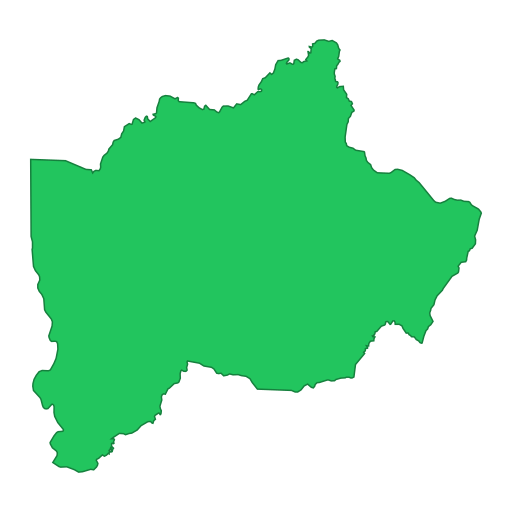 Urdaneta, Los Rios, Ecuador
{"feature_id": "8360857B13036239300316", "entity_name": "Urdaneta", "entity_type": "district", "adm_level": 2, "iso_a3": "ECU", "parent_name": "Ecuador", "parent_adm1": "Los Rios", "projection": "natural_earth1", "projection_center": [-79.377, -1.567], "detail": "fine", "context": "isolated", "style": "filled", "palette": "green", "viewbox_px": 512, "rotation_deg": 0, "n_neighbors": 0, "source": "geoboundaries", "source_scale": "gbopen_adm2", "svg_char_len": 5943}
<svg xmlns="http://www.w3.org/2000/svg" viewBox="0 0 512 512"><path d="M291.5,390.4L295.2,392.0L297.7,392.0L301.0,389.9L304.2,385.9L307.6,384.1L311.3,387.3L313.3,387.9L314.6,386.4L315.2,384.5L317.0,382.7L319.3,382.5L327.3,380.0L328.6,380.0L331.2,380.9L334.6,380.7L335.9,379.5L340.8,378.1L345.3,377.8L346.3,377.2L349.0,377.2L350.9,378.0L352.2,377.9L353.9,377.0L355.5,364.5L364.6,353.5L363.6,352.3L365.3,350.8L365.4,348.6L367.5,348.2L367.6,347.7L366.4,345.7L368.6,346.0L368.8,343.5L370.4,341.2L373.8,340.8L374.0,338.6L374.9,337.0L372.8,336.7L372.4,335.9L374.0,335.5L373.9,334.8L374.8,334.0L375.2,331.8L376.8,331.4L381.3,326.2L384.7,325.0L385.4,324.0L385.7,322.1L386.2,321.6L387.7,321.5L390.1,324.4L390.7,324.2L392.9,320.9L394.2,320.8L395.0,322.1L395.2,324.3L399.2,324.3L402.0,325.9L403.0,328.4L406.2,333.1L408.1,333.0L409.2,334.8L410.6,335.5L411.4,336.7L414.3,336.9L416.3,339.6L418.7,340.9L420.0,342.6L421.4,343.2L422.1,343.0L423.9,336.1L426.0,330.6L427.6,329.0L428.4,326.6L430.8,324.7L433.0,321.4L430.1,315.6L429.7,312.9L430.7,310.1L430.9,308.5L433.9,304.7L435.0,300.0L437.1,295.8L442.4,290.2L443.2,288.5L452.0,276.3L457.8,273.0L458.5,271.9L459.0,268.0L458.1,266.2L461.2,262.3L465.7,261.7L466.6,260.0L466.7,258.1L468.2,251.3L469.4,250.8L470.2,248.8L472.2,248.2L475.4,243.8L475.6,239.8L474.6,236.1L477.2,230.2L479.2,219.2L481.3,213.2L480.8,211.9L478.5,209.1L472.5,205.7L471.3,204.7L469.8,202.3L468.6,201.6L463.9,201.3L460.8,200.1L457.4,200.2L454.3,199.5L451.4,198.2L449.7,198.4L445.2,201.3L440.2,203.2L435.6,202.2L433.7,200.5L419.2,182.7L416.1,180.1L414.3,177.8L410.0,174.9L402.2,170.4L397.6,169.3L395.1,169.5L391.0,172.6L389.3,173.3L377.3,172.8L373.4,170.0L371.6,167.6L370.6,164.6L367.8,162.4L366.4,160.4L366.0,158.0L365.0,155.7L364.5,152.1L364.0,151.6L355.6,150.2L353.0,148.2L349.1,147.2L346.7,145.7L346.3,143.5L345.3,142.1L345.1,137.1L346.9,124.4L348.2,121.8L348.4,118.5L350.4,116.3L351.8,112.4L353.9,111.1L354.1,110.1L351.0,105.4L352.4,103.8L351.7,102.0L351.1,101.4L349.4,101.2L348.2,98.7L346.5,97.6L346.7,94.3L343.6,89.8L343.3,86.3L339.6,86.6L337.4,87.9L336.7,87.4L336.9,86.0L337.8,84.3L338.0,82.6L337.5,81.8L335.9,81.6L335.4,81.0L335.4,79.9L334.8,78.5L335.1,76.3L334.3,74.0L334.3,72.2L334.9,68.8L336.4,68.6L336.7,65.6L337.7,64.6L339.0,62.2L340.0,61.4L339.8,60.3L337.9,59.1L337.7,58.6L338.7,56.4L339.4,51.3L340.0,50.0L338.7,48.4L337.7,44.8L336.4,42.9L332.2,40.5L328.8,41.4L324.3,39.9L318.7,40.2L316.7,41.1L314.9,43.4L312.6,43.9L312.7,46.1L312.4,46.8L311.5,47.0L309.3,46.5L309.4,47.2L311.2,48.6L310.8,52.8L309.7,53.1L308.5,51.6L308.0,51.6L308.6,55.3L308.0,56.8L305.8,59.5L306.8,60.9L303.9,61.5L302.3,62.7L301.0,62.5L298.1,59.8L296.4,59.2L294.3,60.3L293.8,63.6L293.1,64.3L292.3,64.2L289.9,62.9L286.8,64.0L286.4,63.5L286.8,62.4L289.0,59.8L288.9,58.5L288.2,58.0L280.9,60.4L278.1,60.6L275.7,64.7L274.9,69.0L273.4,73.0L271.6,74.4L269.9,72.9L265.3,77.7L262.7,78.7L261.4,81.6L259.0,85.0L258.3,87.0L258.1,89.2L258.5,89.6L260.1,88.8L261.3,89.3L261.8,90.0L261.4,91.3L260.0,91.7L257.9,91.6L254.3,94.8L252.2,93.7L251.4,93.8L247.2,100.3L244.8,101.3L240.7,104.6L236.7,103.9L233.5,107.9L228.1,106.0L223.3,106.1L222.1,107.2L219.5,112.0L218.7,112.7L216.8,112.0L214.3,109.9L209.6,109.5L205.8,105.3L204.6,106.2L203.9,109.1L202.4,109.6L199.1,107.8L196.3,105.2L195.5,103.4L193.8,102.8L179.2,101.7L178.2,100.6L178.4,98.2L177.6,97.5L175.0,98.8L170.0,96.1L165.5,95.6L162.3,96.5L160.7,97.7L159.6,99.1L159.2,101.4L157.0,107.7L156.5,113.0L155.9,113.6L153.1,114.3L153.4,115.1L155.8,116.4L155.8,117.1L155.3,117.9L150.2,121.5L147.7,118.9L147.3,116.5L146.4,116.2L145.2,117.4L144.1,120.2L144.9,121.6L144.8,122.2L142.0,123.1L139.0,119.7L135.6,118.0L133.5,119.5L132.1,124.2L131.2,124.4L129.2,123.6L124.4,126.7L123.6,131.0L121.7,133.8L120.8,137.4L118.3,139.2L114.2,140.5L113.2,142.1L112.6,144.7L108.9,149.0L108.3,151.2L106.9,153.2L104.2,155.3L102.8,157.1L100.5,164.0L100.7,167.2L100.2,169.0L99.0,170.7L95.8,170.4L93.9,171.4L92.7,173.0L91.3,169.8L85.9,169.4L65.5,160.7L30.7,159.4L31.1,236.4L32.5,241.8L32.5,248.2L32.1,249.2L33.5,266.4L35.4,270.6L38.8,274.9L39.6,276.8L39.8,280.1L37.8,284.5L37.8,288.0L39.3,291.4L41.8,294.4L43.8,298.7L44.6,309.7L45.8,312.1L51.3,319.0L52.4,321.8L52.1,326.0L48.8,335.9L49.1,337.6L50.3,340.4L51.5,341.4L55.1,341.2L56.6,341.6L57.6,343.7L57.9,349.2L56.1,358.4L53.9,363.6L50.3,370.0L48.4,370.8L42.2,370.5L39.1,371.7L36.3,375.3L34.1,379.3L33.0,383.5L32.8,386.2L33.5,390.5L40.1,397.7L41.0,399.4L42.5,405.3L43.2,407.1L44.5,408.5L46.1,408.9L47.9,408.6L51.8,404.3L52.7,404.3L53.6,405.1L54.1,406.7L54.0,412.5L54.7,416.4L57.8,422.6L63.4,429.5L63.3,430.6L62.8,431.3L58.1,431.7L56.6,432.6L54.0,435.9L50.1,442.5L50.3,443.9L52.4,447.8L56.3,450.9L57.3,452.6L57.1,455.5L52.8,462.5L59.0,466.6L60.7,467.1L66.8,466.8L74.4,469.7L78.6,472.1L82.6,471.7L90.7,469.3L93.7,469.8L96.5,467.0L97.5,465.2L97.9,463.4L96.2,460.2L96.7,459.3L98.7,458.3L102.4,454.9L104.4,456.2L106.5,455.1L108.2,453.4L109.1,453.9L109.2,452.2L110.3,452.0L109.1,450.4L110.1,449.3L110.7,447.6L111.1,447.9L111.4,451.4L111.8,451.8L112.2,451.5L112.7,449.4L113.5,448.2L111.6,446.3L111.6,443.5L112.4,443.1L113.2,443.7L113.9,443.4L113.6,441.6L114.4,439.7L113.8,438.8L111.5,438.8L113.0,437.6L119.3,433.4L123.6,433.7L125.5,434.7L129.1,433.5L131.8,433.1L137.2,430.0L141.0,425.7L147.8,421.7L150.5,421.5L152.1,423.1L152.9,423.3L153.8,420.6L155.4,419.3L154.5,416.6L155.0,415.4L158.6,413.0L159.3,413.2L160.1,414.6L160.5,414.6L161.0,413.5L161.3,410.8L160.3,408.5L159.9,406.2L161.8,400.0L161.4,396.8L162.1,394.8L163.7,393.8L165.3,394.2L168.0,388.8L169.4,388.1L174.2,383.6L177.8,382.9L178.9,382.0L180.3,378.2L180.1,373.7L180.9,370.8L181.7,370.1L183.6,371.2L185.4,371.4L186.4,371.0L187.1,370.1L186.6,367.5L187.6,364.1L187.0,362.1L187.5,361.0L199.5,363.2L203.9,366.0L211.5,367.3L213.9,368.9L216.7,373.2L218.7,373.6L221.0,373.2L223.7,375.8L227.3,375.1L229.6,373.9L233.0,374.8L238.2,374.6L241.3,375.6L246.1,376.3L250.0,378.7L252.2,382.5L257.4,389.1L291.5,390.4Z" fill="#22c55e" stroke="#15803d" stroke-width="1.5"/></svg>